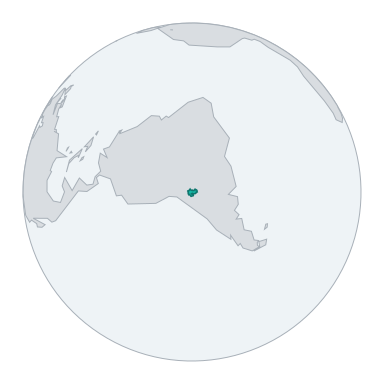 Jujuy highlighted on a globe, orthographic projection, rotated 303°
{"feature_id": "ARG-1301", "entity_name": "Jujuy", "entity_type": "Province", "adm_level": 1, "iso_a3": "ARG", "parent_name": "Argentina", "parent_adm1": "", "projection": "orthographic", "projection_center": [-65.702, -23.2], "detail": "fine", "context": "on_globe", "style": "filled", "palette": "teal", "viewbox_px": 384, "rotation_deg": 303, "n_neighbors": 0, "source": "natural_earth", "source_scale": "10m", "svg_char_len": 5207}
<svg xmlns="http://www.w3.org/2000/svg" viewBox="0 0 384 384"><g transform="rotate(303 192 192)"><circle cx="192" cy="192" r="169" fill="#eef3f6" stroke="#a8b0b8"/><path d="M164.5,25.3L152.7,27.9L149.8,28.9L150.9,29.3L164.5,28.1L163.4,29.3L166.0,30.5L169.1,29.3L168.1,28.0L174.5,26.4L172.6,25.5L174.9,25.0L175.1,24.3L180.9,23.8L186.5,24.0L186.6,24.7L189.0,25.0L193.6,24.1L198.4,25.9L209.5,28.3L210.0,29.2L202.7,30.3L190.7,30.1L181.1,33.4L193.2,30.9L194.5,33.8L197.2,34.4L200.6,34.3L202.4,33.2L204.1,34.4L192.7,36.8L191.0,35.7L194.6,34.8L189.0,35.0L181.4,37.5L182.6,39.2L169.7,42.6L170.5,44.1L168.1,45.9L167.8,43.2L168.1,48.4L153.2,56.3L153.3,67.6L146.7,59.6L140.5,59.7L132.8,61.4L132.7,63.1L122.8,64.1L113.2,70.3L108.9,80.6L111.6,87.4L122.7,85.0L126.4,79.8L134.8,77.3L127.9,90.7L142.4,89.9L140.5,100.0L144.6,104.7L152.1,102.4L159.7,104.1L165.5,97.7L174.6,93.9L174.6,102.1L179.8,94.4L184.8,98.2L203.1,97.9L201.6,99.7L217.0,110.4L233.9,116.3L237.8,123.3L235.7,127.1L241.6,129.0L241.7,131.8L265.2,139.9L277.3,149.7L276.9,159.7L266.8,169.3L257.6,194.0L239.5,199.9L234.9,210.6L220.7,226.0L209.8,223.8L212.9,232.7L206.9,237.5L199.7,237.6L198.6,243.8L193.3,243.8L196.9,248.1L188.7,256.3L191.4,263.2L185.6,270.2L187.6,274.3L185.2,274.2L182.9,275.9L182.8,278.3L175.4,274.6L172.8,265.3L175.1,260.5L172.0,259.9L176.8,247.9L173.5,250.4L173.5,233.3L177.7,219.3L179.6,182.0L175.8,175.1L162.8,167.9L147.0,144.8L151.0,134.7L147.6,130.7L158.6,116.5L155.9,105.2L152.0,104.0L148.1,108.8L135.2,103.6L131.0,96.1L93.7,93.3L90.4,90.9L91.2,85.1L83.5,73.1L84.6,86.6L80.7,85.4L78.5,81.4L80.9,79.0L81.0,72.7L78.2,72.3L81.9,65.2L95.5,53.4L95.7,53.5L98.9,51.1L108.9,44.9L119.4,39.4L130.3,34.7L141.5,30.8L152.9,27.6L164.5,25.3ZM152.0,71.9L168.6,76.4L158.8,78.0L160.7,76.7L156.6,74.5L148.8,73.2L140.3,75.8L152.0,71.9ZM160.3,64.3L157.4,64.2L160.3,63.8L160.3,64.3ZM98.2,51.5L97.3,52.2L95.7,53.2L95.9,53.0L98.2,51.5ZM171.9,24.6L173.5,24.5L172.6,24.7L171.9,24.6ZM170.6,24.6L168.4,25.0L167.5,25.1L168.8,24.8L170.6,24.6ZM168.6,24.7L173.4,24.2L166.0,25.2L164.4,25.4L167.5,24.8L168.6,24.7ZM187.9,282.6L176.1,276.0L182.7,278.9L186.8,275.1L193.1,280.3L187.9,282.6ZM200.2,273.1L205.2,271.4L206.5,272.6L203.4,274.2L200.2,273.1ZM308.6,69.7L313.3,75.5L310.8,74.2L305.1,69.7L294.8,59.0L301.5,63.3L299.4,61.6L308.6,69.7ZM343.3,267.3L342.6,268.0L339.3,273.9L335.9,278.0L332.1,280.1L331.1,273.5L335.0,267.5L340.5,253.4L349.9,222.6L354.4,212.3L356.0,202.5L354.8,177.2L355.3,167.0L354.0,161.0L351.9,159.5L349.8,152.4L348.2,150.7L334.4,144.8L327.7,134.6L313.6,109.5L314.2,102.7L309.8,93.4L310.5,74.1L315.6,78.3L320.2,82.0L327.9,91.6L334.9,101.9L341.1,112.5L346.5,123.7L351.1,135.1L354.8,146.9L357.7,158.9L359.7,171.1L360.7,183.5L360.9,195.8L360.2,208.2L358.6,220.4L356.0,232.5L352.6,244.4L348.4,256.0L343.3,267.3ZM316.2,85.4L317.6,87.8L316.2,85.4ZM203.6,97.8L205.8,99.4L202.9,99.4L203.6,97.8ZM157.3,81.2L160.9,81.0L162.7,82.0L159.9,82.6L157.3,81.2ZM188.1,79.6L192.3,80.2L187.8,80.8L188.1,79.6ZM171.3,77.1L184.7,79.4L176.0,81.9L167.6,80.7L173.5,79.7L171.3,77.1ZM158.2,68.4L160.4,68.6L159.6,70.0L158.2,68.4ZM162.4,64.1L161.5,64.3L160.5,63.4L162.4,64.1ZM195.2,33.7L196.1,33.5L199.5,33.7L197.8,34.1L195.2,33.7ZM215.1,32.5L217.4,34.5L214.6,33.2L212.6,33.9L204.4,32.4L209.9,29.5L208.9,30.9L215.1,32.5ZM194.9,30.3L199.5,31.1L194.2,30.4L194.9,30.3ZM278.6,46.9L278.3,46.8L276.8,45.9L278.6,46.9ZM196.3,23.1L194.2,23.1L189.3,23.1L193.4,23.3L188.0,23.3L191.4,23.7L180.5,23.5L175.9,23.9L181.9,23.4L183.3,23.3L196.3,23.1ZM222.5,25.8L222.2,25.9L224.0,26.7L216.7,25.4L210.2,24.2L206.5,23.7L222.5,25.8Z" fill="#d9dde1" stroke="#a8b0b8" stroke-width="1"/><path d="M187.8,193.6L188.0,192.9L188.2,192.3L188.4,191.7L188.4,191.4L187.9,190.9L188.1,190.7L188.4,190.4L188.4,190.0L188.5,190.0L188.6,189.9L189.0,189.8L189.0,189.7L189.1,189.3L189.1,189.2L189.3,189.1L189.5,189.1L189.8,188.9L190.2,188.8L190.2,188.7L190.3,188.7L190.4,188.3L190.5,187.9L190.8,187.9L190.9,188.0L191.0,188.1L191.3,188.3L191.7,188.7L191.8,188.8L192.3,188.8L192.3,188.7L192.5,188.7L192.7,188.8L193.4,188.8L193.3,189.0L193.3,189.4L193.2,189.5L193.1,189.8L193.0,190.0L193.2,190.3L193.1,190.5L193.2,190.9L193.2,191.0L193.3,191.2L193.3,191.3L193.7,191.4L193.8,191.4L193.8,191.5L193.8,191.9L193.8,192.1L193.9,192.3L194.0,192.3L194.1,192.5L194.2,192.8L194.3,192.9L194.5,192.9L194.8,192.8L195.0,192.9L195.1,193.0L195.3,193.1L195.4,193.3L195.5,193.2L195.6,192.9L196.0,192.9L196.1,193.0L196.2,194.9L196.1,195.0L196.0,195.3L195.8,195.5L195.7,195.6L195.4,195.7L195.4,195.8L195.2,195.8L195.0,196.0L194.9,196.2L194.4,195.7L194.3,195.8L194.1,196.1L193.8,196.0L193.7,196.0L193.5,195.8L193.5,195.7L193.4,195.7L193.3,195.8L193.2,195.8L192.9,195.7L192.7,195.7L192.4,195.6L192.2,195.4L192.0,195.0L191.9,194.9L191.9,194.7L191.7,194.5L191.6,194.4L191.4,194.3L191.2,194.3L191.2,194.2L191.1,193.9L191.1,193.7L191.2,193.4L191.2,193.2L191.1,192.9L190.7,192.7L190.4,192.6L190.2,192.5L190.1,192.9L190.1,193.0L190.2,193.3L190.3,193.5L190.3,194.0L190.3,194.3L190.2,194.5L190.2,194.8L189.9,195.0L189.7,195.1L189.4,195.0L189.3,194.9L189.2,194.8L189.1,194.7L188.9,194.5L188.8,194.4L188.7,194.3L188.6,194.2L188.4,194.0L188.3,193.9L188.2,193.9L188.0,193.7L187.9,193.7L187.8,193.6Z" fill="#14b8a6" stroke="#0f766e" stroke-width="1.5"/></g></svg>